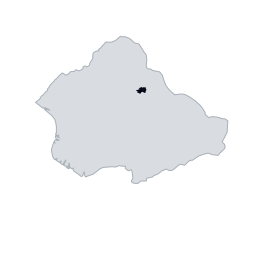 Kafur, Katsina, Nigeria (highlighted), rotated 40°
{"feature_id": "59680162B10083289652159", "entity_name": "Kafur", "entity_type": "district", "adm_level": 2, "iso_a3": "NGA", "parent_name": "Nigeria", "parent_adm1": "Katsina", "projection": "orthographic", "projection_center": [7.693, 11.624], "detail": "fine", "context": "in_parent", "style": "filled", "palette": "ink", "viewbox_px": 256, "rotation_deg": 40, "n_neighbors": 0, "source": "geoboundaries", "source_scale": "gbopen_adm2", "svg_char_len": 5044}
<svg xmlns="http://www.w3.org/2000/svg" viewBox="0 0 256 256"><g transform="rotate(40 128 128)"><path d="M199.9,58.4L206.7,67.6L208.3,74.5L208.9,77.9L210.0,78.3L212.1,78.4L213.6,79.1L214.5,80.2L215.1,81.2L215.2,81.8L214.9,86.0L214.4,87.5L214.7,89.6L214.7,90.4L214.5,91.0L213.6,91.8L212.3,92.5L209.4,94.5L208.5,94.8L207.3,94.9L206.2,95.4L204.9,96.5L202.2,100.5L199.9,104.6L198.2,111.1L196.2,113.1L195.8,114.9L195.5,119.0L195.2,120.2L194.9,120.5L192.6,121.3L191.3,122.3L190.6,124.1L189.6,130.4L189.3,131.4L188.6,132.5L187.4,133.6L186.4,134.3L183.8,134.8L181.3,139.5L181.3,140.3L180.3,144.5L178.4,147.8L178.3,149.8L175.9,152.7L174.6,154.6L175.9,156.6L176.1,156.9L171.9,160.3L171.7,160.8L171.5,163.2L171.2,163.8L170.5,164.7L169.3,165.6L168.2,166.4L166.9,166.9L165.7,167.1L165.0,166.8L164.6,166.1L163.9,163.2L163.5,162.6L162.7,162.1L159.5,159.0L157.5,157.9L157.1,158.0L156.8,158.3L156.3,159.9L155.7,160.5L154.7,160.7L152.9,160.7L151.6,160.5L151.4,160.2L150.7,159.0L146.8,161.8L145.4,162.5L143.6,165.9L141.1,167.6L139.4,169.1L134.8,173.7L133.8,175.1L132.9,177.1L131.0,185.7L127.8,191.1L127.3,192.3L127.1,192.2L126.7,192.7L125.5,192.4L124.9,191.4L124.2,191.3L122.8,189.8L122.5,190.0L124.0,193.8L123.4,195.2L119.5,195.3L116.1,195.7L113.8,195.7L112.6,195.2L112.1,193.8L111.9,193.9L111.8,194.7L111.1,195.3L108.5,195.4L107.3,194.4L106.4,193.3L105.4,192.9L105.5,193.3L106.7,194.4L106.5,195.9L104.4,197.6L103.1,197.7L102.3,196.9L101.9,195.7L101.6,193.9L101.1,192.7L100.8,192.7L101.2,194.7L101.2,196.5L102.2,197.9L100.6,198.4L98.8,198.4L98.6,197.9L98.3,196.7L98.0,196.4L97.6,198.4L93.8,198.9L93.3,198.8L93.2,198.5L93.5,197.9L93.4,197.0L92.6,197.7L92.4,199.1L92.0,199.3L90.5,199.1L89.0,198.4L86.4,196.6L83.3,193.8L82.8,192.5L81.9,190.9L80.3,186.6L80.6,186.4L81.3,186.7L81.7,186.3L80.4,186.0L80.1,185.7L80.0,184.7L80.1,183.5L82.0,183.0L82.5,182.3L82.8,181.5L80.3,182.6L78.1,181.4L77.6,180.6L77.8,180.1L80.5,180.0L81.4,179.5L80.8,179.3L79.8,179.3L79.5,178.9L79.5,178.1L79.2,178.3L78.7,179.0L77.2,179.6L76.3,179.0L76.2,177.7L76.0,177.2L75.3,176.7L72.6,173.3L69.3,170.4L66.3,168.4L61.8,167.5L52.4,167.4L51.8,167.1L52.4,166.6L53.2,166.4L56.3,164.8L55.8,164.6L52.6,165.5L51.5,165.6L50.1,167.5L40.8,167.8L40.9,166.9L41.3,164.4L41.9,162.7L41.3,160.6L41.2,158.7L41.6,158.1L41.7,157.4L41.7,152.6L42.2,151.8L42.2,151.4L41.2,149.3L41.3,147.7L41.1,146.1L40.8,145.4L41.2,139.5L41.1,138.0L41.4,137.0L41.6,134.4L41.6,131.9L42.3,128.0L46.3,127.5L47.3,126.0L47.8,124.0L47.7,122.1L49.0,120.4L50.6,118.9L50.5,117.3L50.9,116.8L51.7,116.4L52.7,116.2L53.9,115.4L54.6,114.0L55.3,111.7L54.3,110.0L54.3,109.7L54.7,108.8L55.3,108.0L55.8,107.7L57.0,107.9L57.3,107.6L58.1,105.0L58.0,104.4L57.0,102.6L56.5,98.0L56.2,97.4L55.4,96.5L53.2,93.2L53.3,91.7L54.2,89.7L54.8,88.8L55.7,88.3L55.9,87.8L55.6,87.3L55.2,86.8L55.1,85.9L55.6,84.7L55.5,83.4L55.8,76.4L57.6,75.0L60.2,72.8L61.5,70.4L62.3,68.7L63.2,62.7L64.6,62.1L67.2,59.9L70.8,58.7L73.1,58.3L77.1,58.6L79.1,58.4L80.8,57.2L81.6,56.9L82.7,56.7L92.7,59.9L93.6,59.7L94.4,60.0L95.6,60.8L98.6,63.7L101.6,68.2L102.6,69.1L103.6,69.7L104.5,69.9L105.3,69.8L106.0,69.4L107.0,68.5L108.5,68.1L109.7,68.2L115.9,64.8L116.5,64.7L120.4,65.5L125.6,68.9L129.9,71.1L132.9,71.9L136.4,72.4L142.4,72.5L146.9,67.7L148.6,66.6L150.6,65.6L154.8,64.7L161.8,64.0L168.4,64.2L172.4,65.0L176.8,66.5L178.6,68.0L181.5,68.2L183.6,67.8L184.3,66.3L186.3,64.3L189.4,62.4L191.9,61.1L194.0,60.5L195.8,59.0L197.3,58.5L199.9,58.4ZM108.7,197.3L107.3,197.7L106.3,197.6L107.6,195.7L108.3,196.1L109.1,196.3L108.7,197.3Z" fill="#d9dde1" stroke="#a8b0b8" stroke-width="1"/><path d="M114.6,93.2L114.5,92.8L114.5,92.7L114.4,92.6L114.3,92.4L114.3,92.0L114.4,91.9L114.6,91.6L114.8,91.4L114.9,91.2L114.7,90.9L114.7,90.7L114.8,90.7L115.0,90.6L115.2,90.4L115.3,90.4L115.5,90.3L115.6,90.2L115.8,90.2L116.0,90.2L116.0,90.3L116.0,90.2L116.3,90.1L116.5,90.1L116.8,90.0L116.9,89.9L117.0,89.9L117.3,89.9L117.5,89.9L117.6,89.7L117.4,89.7L117.5,89.6L117.5,89.4L117.4,89.3L117.5,89.3L117.5,89.2L117.4,89.1L117.2,89.0L117.2,88.9L117.1,88.7L117.1,88.4L117.0,88.2L116.9,87.7L116.9,87.4L116.7,87.3L116.6,87.2L116.4,87.2L116.2,87.2L115.9,87.1L115.7,87.0L115.6,86.8L115.5,87.0L115.4,86.9L115.2,86.9L114.9,86.9L114.8,87.1L114.4,87.2L114.3,87.3L114.5,87.5L114.4,87.8L114.2,87.9L114.3,88.1L114.3,88.4L114.1,88.6L113.9,89.0L113.6,89.1L113.4,89.1L113.2,89.2L113.0,89.3L113.0,89.2L112.9,89.0L112.9,88.9L112.6,88.6L112.4,88.7L112.4,89.1L112.4,89.3L112.2,89.5L112.3,89.7L112.2,89.8L112.3,89.8L112.5,89.9L112.5,90.0L112.5,90.3L112.7,90.2L112.8,90.2L113.0,90.1L113.3,90.3L113.5,90.3L113.5,90.5L113.4,90.5L113.5,90.6L113.6,90.8L113.7,91.0L113.8,91.1L113.7,91.2L113.7,91.3L113.4,91.3L113.3,91.2L113.2,91.3L113.2,91.2L112.9,91.0L112.9,91.4L112.8,91.5L113.0,91.6L112.9,91.8L112.9,92.0L112.7,92.1L112.4,92.0L112.2,92.2L111.8,92.3L111.8,92.7L111.7,92.9L111.4,93.2L111.7,93.2L111.8,93.2L112.0,93.1L112.3,93.1L112.4,93.3L112.5,93.3L112.8,93.4L113.0,93.4L113.0,93.6L113.0,93.8L113.2,93.7L113.3,93.6L113.5,93.4L113.8,93.6L114.2,93.5L114.3,93.3L114.5,93.2L114.6,93.2Z" fill="#0f172a" stroke="#020617" stroke-width="1.5"/></g></svg>